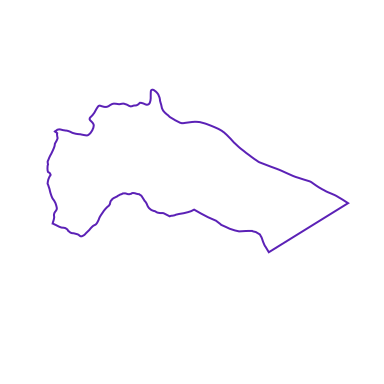 Gelephu, Geylegphug, Bhutan (Mercator projection), rotated 291°
{"feature_id": "84629894B89985438544464", "entity_name": "Gelephu", "entity_type": "district", "adm_level": 2, "iso_a3": "BTN", "parent_name": "Bhutan", "parent_adm1": "Geylegphug", "projection": "mercator", "projection_center": [90.486, 26.911], "detail": "fine", "context": "isolated", "style": "outline", "palette": "violet", "viewbox_px": 384, "rotation_deg": 291, "n_neighbors": 0, "source": "geoboundaries", "source_scale": "gbopen_adm2", "svg_char_len": 5972}
<svg xmlns="http://www.w3.org/2000/svg" viewBox="0 0 384 384"><g transform="rotate(291 192 192)"><path d="M163.3,285.3L237.5,341.7L238.4,337.4L238.8,335.5L239.3,332.7L239.6,330.8L239.8,329.8L240.1,327.9L240.3,326.0L240.3,325.1L240.4,323.1L240.5,319.3L240.6,317.4L240.7,316.5L241.0,314.6L241.2,312.7L241.5,310.8L241.8,308.9L242.2,307.0L242.4,306.1L242.6,305.2L243.3,302.4L243.8,300.5L244.0,299.6L244.1,298.7L244.1,297.7L243.7,292.0L243.4,286.3L243.2,283.4L243.2,281.5L243.2,280.5L243.3,278.6L243.6,272.9L243.9,268.1L244.0,265.3L244.0,262.4L243.9,256.7L243.9,254.8L243.9,247.1L243.9,245.2L243.9,244.2L244.0,243.3L244.7,240.5L245.1,238.6L245.6,236.8L246.1,234.9L246.9,232.2L247.9,228.5L248.8,225.8L249.9,222.1L250.5,220.3L251.2,218.5L251.9,216.8L253.0,214.1L253.3,213.2L253.8,212.4L254.2,211.5L255.5,209.0L256.3,207.2L257.5,204.6L258.2,202.9L258.5,202.0L258.9,201.1L259.2,200.2L259.4,199.2L259.7,198.3L259.9,197.4L260.0,196.4L260.2,195.5L260.3,194.5L260.4,193.6L260.5,191.7L260.6,189.8L260.7,186.0L260.7,183.1L260.7,181.2L260.6,179.3L260.2,175.5L260.1,174.4L259.3,171.6L259.0,170.7L258.7,169.8L258.3,168.9L257.9,168.1L257.5,167.2L256.6,165.5L253.9,160.5L253.4,159.7L253.0,158.8L252.6,157.9L252.5,157.0L252.4,156.0L252.5,155.1L252.6,154.1L252.8,152.2L253.0,150.3L253.2,149.4L254.0,144.7L254.3,143.8L254.7,142.9L255.1,142.0L255.6,140.2L256.0,139.3L256.3,138.4L256.7,137.6L257.2,136.7L257.6,135.9L258.9,134.5L259.6,133.8L260.4,133.3L262.8,131.7L263.5,131.1L265.0,130.0L265.8,129.4L266.7,129.0L267.5,128.5L268.3,128.0L269.0,127.4L269.7,126.7L270.4,126.1L271.1,125.4L271.6,124.6L272.1,123.8L272.5,122.9L272.9,122.0L273.1,121.1L273.4,120.2L273.5,119.3L273.3,118.3L272.7,117.6L271.8,117.4L270.9,117.6L269.1,118.2L266.4,119.2L264.6,119.9L263.7,120.1L262.8,120.4L261.8,120.5L260.9,120.6L259.9,120.6L259.0,120.4L258.2,119.9L257.6,119.2L257.2,118.3L257.1,117.3L257.2,115.4L257.2,114.5L257.1,113.5L257.0,112.6L256.6,111.4L255.8,111.0L254.9,110.6L254.1,110.1L253.4,109.5L252.8,108.8L252.0,107.0L251.5,106.2L250.8,105.5L250.3,104.7L249.9,103.9L249.9,102.9L249.9,101.9L250.1,101.0L250.2,100.0L250.2,99.1L250.1,98.1L250.1,97.2L249.9,96.2L249.5,95.4L249.0,94.5L248.5,93.7L248.0,92.9L247.7,92.0L247.5,91.1L247.3,90.1L246.8,88.3L246.5,87.4L246.0,86.6L245.4,85.8L244.7,85.2L244.0,84.6L243.2,84.0L242.4,83.5L241.7,82.8L241.1,82.1L240.6,81.3L240.3,80.4L240.0,79.5L239.9,78.5L239.8,77.6L239.7,76.6L239.7,75.7L239.5,74.7L238.9,74.0L238.0,73.6L237.1,73.4L236.2,73.2L235.2,73.0L232.4,72.6L231.5,72.5L230.5,72.3L229.6,72.0L228.7,71.8L226.9,71.1L225.2,70.3L224.3,70.1L223.3,70.3L222.6,71.0L222.2,71.8L221.8,72.7L221.4,73.6L221.0,74.4L220.4,75.2L219.8,75.9L219.0,76.4L218.1,76.6L217.1,76.8L216.2,76.9L214.9,76.8L213.9,76.8L213.0,76.6L212.1,76.4L211.1,76.2L210.3,75.9L209.4,75.5L208.5,75.0L207.8,74.5L207.2,73.7L206.9,72.8L206.7,71.8L206.5,70.9L206.0,68.1L205.9,67.1L205.6,66.2L205.1,64.4L204.9,63.4L204.7,62.5L204.6,61.5L204.5,60.6L204.4,59.6L204.4,58.7L204.6,56.8L204.6,55.8L204.6,54.9L204.5,53.9L204.4,53.0L204.1,52.1L203.9,51.1L203.7,50.2L203.5,49.2L203.4,48.3L203.3,47.4L203.1,46.1L202.4,44.7L201.8,43.9L200.9,43.4L200.0,42.7L199.4,42.3L199.1,43.0L199.0,44.1L198.6,45.1L197.7,45.2L195.9,46.1L194.2,47.2L193.3,47.3L191.3,47.2L189.3,46.9L188.0,46.7L185.8,47.2L183.9,47.3L181.1,47.2L177.2,46.9L175.3,46.6L172.7,46.4L171.0,46.4L168.8,46.3L167.4,46.9L166.2,47.7L164.7,47.8L162.0,48.7L160.3,49.5L159.1,50.4L158.8,52.2L157.6,53.7L156.8,53.9L155.6,53.5L153.7,53.4L152.0,53.4L150.0,53.7L148.0,54.2L146.9,55.3L145.4,56.5L143.6,58.0L142.8,58.5L141.2,59.6L140.5,60.1L138.3,61.9L137.5,62.6L136.9,63.2L136.2,63.9L135.6,64.7L135.1,65.5L134.6,66.3L133.4,67.7L132.7,68.5L132.0,69.1L130.6,70.2L129.0,71.3L128.2,71.7L127.2,71.9L126.3,71.8L125.4,71.6L124.4,71.3L123.5,71.1L122.6,71.1L121.6,71.2L120.7,71.5L119.1,72.4L118.0,72.6L117.1,72.8L114.9,73.0L114.0,73.0L112.6,73.2L112.7,73.9L112.5,74.8L112.4,76.7L112.3,77.5L112.1,79.4L112.0,80.4L112.0,81.3L112.0,82.3L112.1,83.2L112.6,84.8L112.9,86.5L112.7,87.8L112.3,89.2L111.4,90.2L111.2,91.1L110.8,92.0L110.6,92.9L110.5,93.8L110.6,94.8L110.9,95.7L111.1,96.6L111.2,97.6L111.3,98.5L111.5,100.4L111.4,101.4L110.8,103.2L110.8,104.2L111.2,105.0L111.9,105.7L112.6,106.3L113.4,106.9L114.2,107.3L115.1,107.6L116.0,108.0L118.6,109.2L119.4,109.6L122.1,110.5L123.0,110.9L123.9,111.3L124.7,111.7L125.5,112.3L126.2,112.9L126.9,113.6L127.7,114.0L128.6,114.3L129.5,114.5L130.5,114.6L131.4,114.7L132.4,114.8L133.3,114.8L134.3,114.8L135.2,114.8L136.2,115.0L137.1,115.1L141.7,116.2L142.7,116.4L143.6,116.7L145.4,117.3L146.3,117.7L147.1,118.0L148.6,118.8L149.4,119.3L151.2,119.7L152.0,119.5L152.7,119.5L153.7,119.3L155.1,119.5L155.8,119.9L156.8,120.1L158.3,121.1L159.0,121.8L159.8,122.5L160.3,123.0L160.9,123.6L161.7,124.0L162.2,124.5L163.8,125.8L164.3,126.4L164.7,127.0L165.3,127.5L165.9,128.0L166.3,129.0L166.7,129.8L166.9,130.7L167.0,132.7L167.2,133.6L167.6,134.5L168.1,135.1L168.5,135.8L169.3,136.3L169.9,137.2L170.2,138.4L170.4,139.2L170.4,140.1L170.5,141.0L170.6,141.9L170.8,142.7L171.0,143.5L170.7,144.4L170.6,145.3L170.2,146.3L169.7,147.0L167.4,150.1L166.8,150.8L166.4,151.7L165.9,152.5L165.3,153.3L164.7,154.0L163.3,155.3L162.7,156.0L162.1,156.8L161.6,157.6L161.3,158.4L161.0,159.3L160.7,160.2L160.6,161.2L160.6,162.1L160.6,163.1L160.8,164.0L160.7,165.0L160.5,165.9L160.4,166.9L160.5,167.8L160.7,168.8L160.9,169.7L161.2,170.6L161.6,171.5L161.9,172.4L162.0,173.3L161.8,175.2L161.3,179.9L162.0,180.6L162.5,181.4L162.9,182.3L163.4,183.1L163.9,183.9L164.5,184.6L165.2,185.3L165.7,186.1L166.8,187.7L168.2,190.1L169.2,191.8L170.3,193.4L170.8,194.1L171.9,195.7L172.5,196.4L173.1,197.2L173.7,197.9L174.4,198.6L175.1,199.2L176.3,200.3L175.1,208.3L174.2,216.0L173.8,224.7L172.2,230.1L171.8,230.9L171.5,236.3L171.2,240.4L171.5,245.9L172.1,250.1L175.0,256.5L177.2,262.0L177.1,263.1L177.5,265.9L176.7,270.6L176.0,271.4L175.4,272.1L174.8,272.9L174.2,273.5L173.4,274.2L171.1,276.1L169.0,278.1L168.3,278.8L167.7,279.5L167.2,280.3L163.3,285.3Z" fill="none" stroke="#5b21b6" stroke-width="2"/></g></svg>